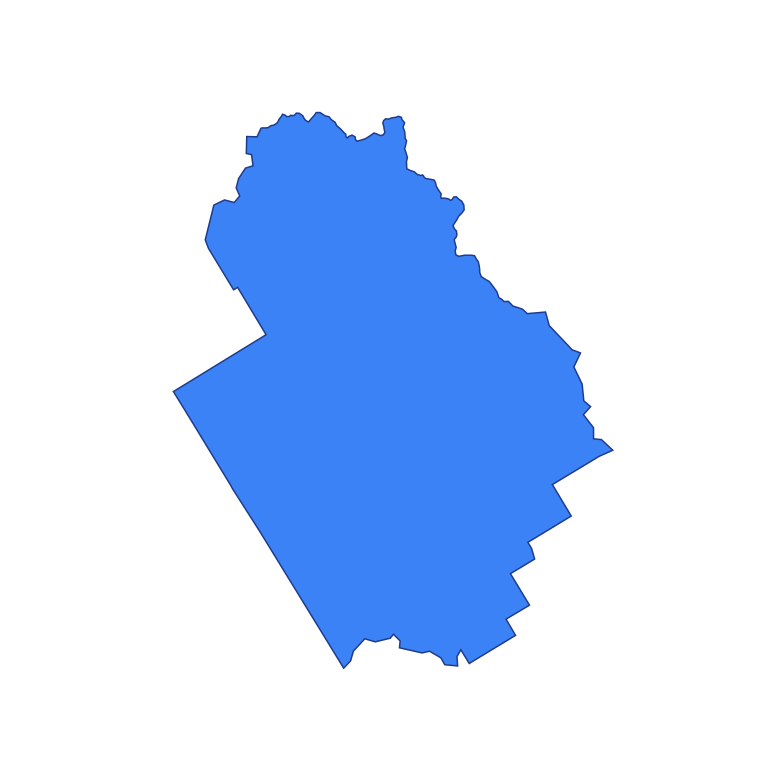 Granite, Montana, United States of America (Albers equal-area conic projection), rotated 149°
{"feature_id": "52423323B51544085831783", "entity_name": "Granite", "entity_type": "district", "adm_level": 2, "iso_a3": "USA", "parent_name": "United States of America", "parent_adm1": "Montana", "projection": "albers", "projection_center": [-113.634, 46.386], "detail": "fine", "context": "isolated", "style": "filled", "palette": "blue", "viewbox_px": 768, "rotation_deg": 149, "n_neighbors": 0, "source": "geoboundaries", "source_scale": "gbopen_adm2", "svg_char_len": 2619}
<svg xmlns="http://www.w3.org/2000/svg" viewBox="0 0 768 768"><g transform="rotate(149 384 384)"><path d="M357.7,666.6L365.5,661.3L374.2,666.8L383.3,652.5L379.4,648.8L383.9,638.5L391.5,640.4L402.8,635.0L409.7,628.2L410.8,619.5L418.9,616.7L425.9,623.9L437.7,625.0L463.0,599.6L464.6,590.7L464.4,542.2L459.7,542.2L459.7,487.0L568.4,486.0L568.1,458.5L567.6,376.1L567.8,372.7L566.4,320.9L564.9,161.2L555.2,163.9L547.8,170.8L531.7,175.5L524.3,167.5L509.6,162.9L504.8,164.6L502.5,155.5L506.6,149.9L489.9,133.9L482.6,131.5L476.3,120.0L476.5,112.1L466.1,104.4L461.8,112.8L455.0,116.6L454.9,100.5L450.0,100.6L400.7,100.8L400.5,119.6L373.2,119.5L373.3,156.3L345.0,156.4L342.2,167.0L342.2,174.2L291.5,174.4L291.5,211.1L236.9,211.2L222.0,209.4L226.3,224.4L232.6,229.1L226.9,238.6L228.9,255.0L218.6,258.2L221.4,266.6L214.2,281.9L212.5,300.8L199.6,309.4L205.1,316.4L212.3,348.9L208.5,362.5L224.9,370.5L226.4,375.5L226.7,376.7L229.5,380.1L233.3,384.3L234.8,390.7L238.8,393.0L239.4,395.9L241.1,398.9L239.7,404.8L240.3,411.9L241.0,417.6L243.2,421.6L245.3,426.0L244.6,430.0L242.6,433.7L241.4,436.7L240.2,440.2L240.5,443.5L240.3,447.3L242.9,449.5L248.4,452.8L253.9,454.8L255.9,457.5L254.6,461.2L251.8,463.9L249.5,471.6L246.2,472.9L244.5,474.6L243.1,477.9L243.7,480.4L243.3,484.3L241.3,485.2L237.1,487.2L233.8,489.3L229.9,490.2L225.7,491.9L223.4,496.3L223.2,500.6L224.8,504.1L225.5,507.1L227.9,508.4L230.7,507.0L232.4,507.2L233.2,509.1L235.4,511.4L238.0,513.1L239.2,513.6L239.2,514.9L238.3,516.0L237.1,517.6L237.3,521.1L237.4,523.6L237.3,526.8L236.3,529.6L235.9,532.8L237.6,534.5L240.3,536.9L242.0,538.2L243.2,540.4L242.9,541.7L243.3,543.4L245.1,543.7L247.6,546.6L248.7,550.2L251.7,553.7L253.6,556.8L250.1,563.2L247.3,566.0L245.8,571.9L245.2,574.9L242.9,577.1L239.4,580.8L239.3,583.7L238.0,586.2L236.5,589.1L235.4,594.3L231.8,597.3L232.4,601.6L231.7,603.6L233.8,606.1L235.9,606.3L240.6,608.2L243.6,608.7L246.1,610.5L248.7,609.9L250.6,608.3L251.6,604.7L252.6,602.4L253.7,599.1L256.4,598.0L259.0,598.7L261.6,602.3L263.3,604.3L268.6,603.9L273.5,603.8L278.7,605.0L282.1,606.1L282.6,607.7L281.5,610.7L283.2,613.8L286.9,614.4L288.6,613.7L289.3,615.6L288.1,617.7L288.8,619.8L289.4,622.8L290.1,625.7L291.5,629.8L291.1,633.5L293.0,637.8L293.5,641.4L296.3,644.1L299.0,649.6L302.3,651.6L305.3,650.2L308.6,649.2L312.5,647.9L313.8,647.5L315.4,650.2L315.7,652.8L315.5,655.8L317.2,659.7L319.6,661.3L322.9,660.4L325.7,662.4L327.7,662.1L329.7,663.4L330.3,665.4L332.1,667.5L333.8,666.4L337.7,664.9L340.5,663.0L343.2,662.6L345.4,662.7L347.9,663.7L351.3,663.4L354.6,665.0L356.2,666.1L357.7,666.6Z" fill="#3b82f6" stroke="#1e3a8a" stroke-width="1.5"/></g></svg>